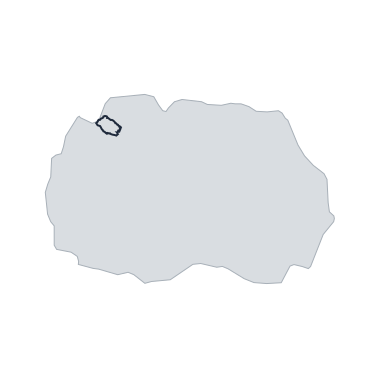 Vrapchishte, Vrapcište, North Macedonia shown in context, rotated 18°
{"feature_id": "65306769B7593203088025", "entity_name": "Vrapchishte", "entity_type": "district", "adm_level": 2, "iso_a3": "MKD", "parent_name": "North Macedonia", "parent_adm1": "Vrapcište", "projection": "robinson", "projection_center": [20.844, 41.875], "detail": "fine", "context": "in_parent", "style": "outline", "palette": "slate", "viewbox_px": 384, "rotation_deg": 18, "n_neighbors": 0, "source": "geoboundaries", "source_scale": "gbopen_adm2", "svg_char_len": 1994}
<svg xmlns="http://www.w3.org/2000/svg" viewBox="0 0 384 384"><g transform="rotate(18 192 192)"><path d="M173.3,103.2L179.5,104.0L193.1,100.5L201.5,95.6L205.8,94.8L211.5,93.0L219.8,93.2L228.1,95.4L238.7,92.6L249.1,88.0L253.3,89.1L257.9,93.0L260.9,94.1L278.3,114.6L287.9,122.9L299.1,129.2L311.9,133.8L316.5,138.3L324.8,160.1L328.8,168.4L334.3,170.9L335.6,173.3L335.9,176.4L329.9,191.8L327.8,226.2L326.3,228.9L319.9,228.8L311.4,229.5L308.1,232.2L304.9,250.7L291.3,256.0L278.9,259.0L268.4,258.3L250.0,253.9L243.9,253.4L238.8,255.9L222.4,257.3L215.2,260.5L198.4,282.2L181.2,289.6L175.4,293.4L162.2,288.6L156.0,288.1L146.9,293.6L127.0,294.2L121.6,295.2L106.3,296.0L105.6,293.0L102.8,288.7L95.6,286.6L81.0,288.4L77.4,285.2L71.4,266.8L66.8,263.9L61.5,257.7L52.6,237.7L52.4,229.0L53.0,221.3L48.1,203.4L51.2,198.9L55.8,196.0L55.8,188.8L54.6,177.9L60.0,156.4L61.4,154.8L62.8,155.8L75.9,157.5L79.3,154.8L81.4,150.6L82.2,134.8L85.3,127.6L116.9,113.8L126.2,113.2L133.3,119.6L139.0,123.7L142.4,123.5L143.6,119.4L147.4,111.6L153.9,107.1L173.1,103.2L173.3,103.2Z" fill="#d9dde1" stroke="#a8b0b8" stroke-width="1"/><path d="M84.4,147.6L84.6,148.3L84.4,148.8L84.1,149.3L83.6,149.7L82.7,150.3L82.6,150.5L82.5,151.1L82.3,151.7L82.1,151.9L81.6,152.0L81.1,152.1L80.8,152.6L80.6,153.0L80.6,153.4L80.6,153.7L80.6,154.0L80.5,154.4L79.6,156.1L81.6,157.7L84.3,157.7L87.0,160.3L88.0,160.7L89.0,161.7L90.2,161.7L91.5,162.4L93.0,162.9L93.3,162.7L93.0,162.6L93.3,162.3L93.1,162.0L93.4,161.9L96.3,161.9L96.3,161.7L97.1,162.0L98.7,162.0L101.0,161.7L102.6,161.7L103.5,160.1L103.1,160.0L103.0,158.9L102.3,158.5L102.7,158.4L102.8,157.2L103.7,157.1L103.3,156.5L103.9,156.4L103.9,155.7L104.3,155.8L104.4,154.3L103.9,154.4L104.1,153.3L104.3,152.7L103.8,152.6L104.1,152.4L103.9,152.1L101.3,151.5L100.9,151.1L100.5,151.1L100.5,150.9L99.8,150.8L98.2,150.0L97.8,150.2L96.7,149.2L94.9,148.4L93.6,148.2L92.3,148.6L89.2,147.5L88.4,147.8L88.1,146.8L87.5,146.4L85.7,146.6L84.4,147.6Z" fill="none" stroke="#1e293b" stroke-width="2"/></g></svg>